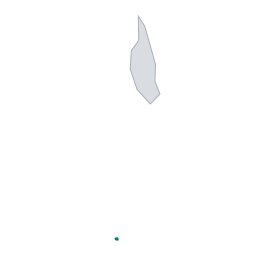 Rois, Palau (highlighted), rotated 336°
{"feature_id": "81905179B53206837764533", "entity_name": "Rois", "entity_type": "district", "adm_level": 2, "iso_a3": "PLW", "parent_name": "Palau", "parent_adm1": "", "projection": "robinson", "projection_center": [134.13, 6.908], "detail": "fine", "context": "in_parent", "style": "filled", "palette": "teal", "viewbox_px": 256, "rotation_deg": 336, "n_neighbors": 0, "source": "geoboundaries", "source_scale": "gbopen_adm2", "svg_char_len": 566}
<svg xmlns="http://www.w3.org/2000/svg" viewBox="0 0 256 256"><g transform="rotate(336 128 128)"><path d="M171.0,110.0L158.1,115.1L152.0,96.6L154.0,75.1L162.6,58.6L171.9,53.3L173.9,51.4L182.9,30.0L184.7,41.8L179.0,81.0L171.6,96.3L171.0,110.0Z" fill="#d9dde1" stroke="#a8b0b8" stroke-width="1"/><path d="M72.9,224.1L72.3,223.6L71.3,224.0L71.4,224.3L71.5,224.5L71.5,224.9L71.5,225.0L71.5,225.3L71.4,225.3L71.5,225.3L71.5,225.2L71.6,225.3L71.9,225.5L72.1,225.6L72.3,225.6L73.3,226.0L73.6,224.3L72.9,224.1Z" fill="#14b8a6" stroke="#0f766e" stroke-width="1.5"/></g></svg>